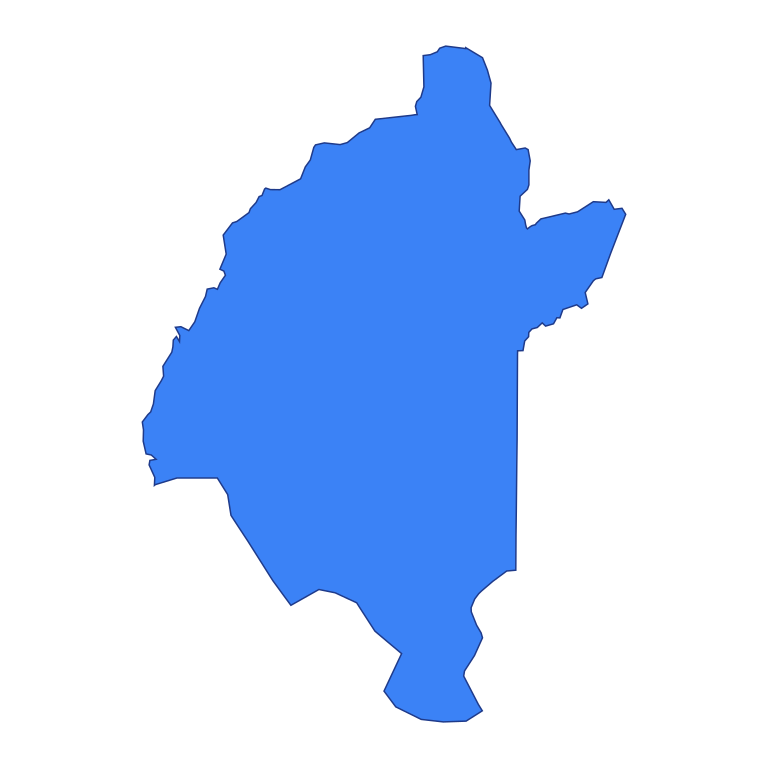 the district of Salinas, Puerto Rico
{"feature_id": "32010507B26348414705735", "entity_name": "Salinas", "entity_type": "district", "adm_level": 2, "iso_a3": "PRI", "parent_name": "Puerto Rico", "parent_adm1": "", "projection": "equal_earth", "projection_center": [-66.255, 18.004], "detail": "fine", "context": "isolated", "style": "filled", "palette": "blue", "viewbox_px": 768, "rotation_deg": 0, "n_neighbors": 0, "source": "geoboundaries", "source_scale": "gbopen_adm2", "svg_char_len": 2376}
<svg xmlns="http://www.w3.org/2000/svg" viewBox="0 0 768 768"><path d="M173.3,340.1L172.9,346.9L171.8,352.2L162.9,366.3L163.6,376.2L161.2,380.9L155.2,390.6L153.4,404.0L150.7,411.9L147.9,414.6L142.3,422.0L143.5,429.9L143.2,441.2L146.1,453.9L151.3,455.0L156.1,459.3L149.9,460.4L149.1,464.9L154.8,477.4L154.4,485.4L155.4,484.6L176.9,478.0L200.0,478.0L202.3,478.0L217.3,478.0L218.6,480.0L227.7,494.6L231.0,515.4L234.3,520.5L238.3,526.6L247.9,541.2L260.1,560.5L270.7,577.3L272.7,580.4L273.3,581.3L277.2,586.6L283.9,595.8L290.9,605.3L318.9,589.5L335.2,592.8L356.7,602.8L360.1,608.2L374.9,631.1L378.3,634.0L387.3,641.6L399.7,652.0L401.6,653.6L384.0,691.1L395.8,706.9L421.2,719.4L443.3,721.9L466.1,721.1L482.3,710.8L478.4,704.5L463.7,676.1L464.5,671.0L474.5,655.5L482.5,637.8L481.1,632.9L476.6,625.2L471.3,611.9L471.1,607.7L474.7,599.0L478.7,593.7L481.5,591.0L492.7,581.4L506.7,571.0L515.8,570.2L516.0,535.2L516.3,511.1L516.8,462.5L517.1,439.1L517.5,355.5L517.5,354.9L517.6,350.8L523.0,350.6L524.7,341.0L528.6,336.7L528.8,332.4L532.0,328.9L537.3,327.5L542.2,322.9L545.6,326.1L553.5,323.8L556.9,317.7L559.9,317.9L562.9,309.5L576.7,304.8L581.5,308.3L587.9,303.9L585.2,292.5L593.2,281.0L594.7,279.6L595.9,278.8L601.9,277.5L610.7,253.2L625.7,214.3L622.0,208.3L614.2,209.3L608.8,199.8L606.0,202.4L593.3,201.7L577.6,211.8L569.1,214.0L565.4,213.1L540.9,218.9L536.3,223.3L536.1,223.6L535.4,224.7L532.1,225.6L530.2,226.7L527.4,228.9L526.5,227.9L525.6,224.6L524.8,220.0L519.2,211.1L520.1,196.2L527.4,189.4L528.9,184.9L528.9,170.1L530.2,160.9L528.1,149.6L525.2,148.0L516.3,149.6L511.4,142.1L509.5,138.1L501.0,124.3L500.2,122.7L489.6,105.4L491.0,83.1L487.4,70.1L482.5,57.7L465.8,47.7L465.8,48.6L445.7,46.1L439.7,48.2L437.3,51.8L430.3,54.7L423.2,55.6L423.9,86.9L420.9,97.2L416.8,101.5L415.4,106.3L417.2,114.6L415.2,114.7L411.0,115.4L406.2,115.9L375.3,119.3L369.7,127.8L359.1,132.9L347.3,142.6L340.1,144.6L324.3,142.9L315.5,144.9L313.8,147.4L310.3,160.0L305.3,166.9L300.6,178.8L280.0,189.7L270.4,189.6L265.8,188.1L264.6,189.0L262.0,195.5L259.1,196.6L256.1,202.5L250.4,208.7L249.0,212.6L236.8,221.5L232.5,222.9L223.2,235.1L226.2,254.1L219.9,269.2L223.9,271.1L225.4,275.3L220.2,282.8L217.4,289.3L213.9,287.8L207.2,289.1L205.5,296.5L199.5,308.3L194.8,321.8L188.8,330.6L180.9,326.7L175.4,327.3L179.8,335.5L179.5,341.6L176.4,336.5L173.3,340.1Z" fill="#3b82f6" stroke="#1e3a8a" stroke-width="1.5"/></svg>